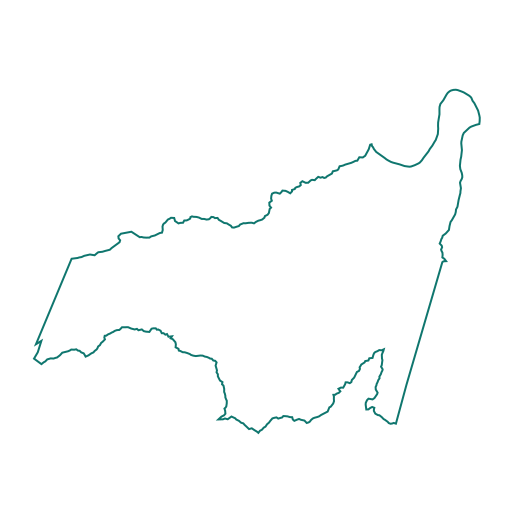 Floresta, Pernambuco, Brazil, rotated 183°
{"feature_id": "56859067B33369261578833", "entity_name": "Floresta", "entity_type": "district", "adm_level": 2, "iso_a3": "BRA", "parent_name": "Brazil", "parent_adm1": "Pernambuco", "projection": "albers", "projection_center": [-38.301, -8.621], "detail": "fine", "context": "isolated", "style": "outline", "palette": "teal", "viewbox_px": 512, "rotation_deg": 183, "n_neighbors": 0, "source": "geoboundaries", "source_scale": "gbopen_adm2", "svg_char_len": 6018}
<svg xmlns="http://www.w3.org/2000/svg" viewBox="0 0 512 512"><g transform="rotate(183 256 256)"><path d="M285.0,90.8L280.4,91.2L278.5,92.1L275.7,91.5L272.1,94.4L268.2,92.8L267.2,91.7L264.4,90.5L262.1,88.7L259.9,88.2L258.6,86.8L256.9,85.4L253.9,82.8L251.2,83.7L248.4,82.0L245.8,80.6L244.4,79.5L242.9,81.7L241.0,82.8L239.3,85.0L237.6,86.1L236.2,88.5L234.3,90.3L233.2,92.0L231.1,94.7L229.1,95.4L227.1,95.9L225.3,94.8L223.4,95.5L221.5,96.1L220.3,97.6L218.6,97.6L216.1,97.5L213.8,96.9L211.4,96.9L210.7,94.7L209.1,93.4L206.5,94.7L204.5,95.5L202.6,94.8L199.0,94.2L196.6,91.9L194.7,92.6L193.6,93.4L192.3,95.3L190.5,96.9L188.9,97.6L186.4,98.4L184.7,99.1L182.6,100.7L176.3,104.4L174.8,108.7L173.5,109.4L171.2,112.7L170.5,115.1L170.8,117.6L170.8,119.6L171.4,121.4L169.6,121.6L168.4,122.7L166.1,123.7L164.7,125.3L165.6,126.3L166.7,127.7L164.4,129.0L162.0,129.1L160.3,132.6L159.9,134.5L157.9,134.6L155.7,133.9L154.2,135.1L153.8,137.2L151.6,139.7L149.2,145.4L147.1,146.7L146.3,148.7L146.7,150.3L145.8,151.8L145.2,153.1L142.0,155.4L141.4,156.8L138.3,157.5L137.5,159.8L134.3,160.3L133.6,163.4L133.0,165.1L131.9,166.3L129.6,167.4L128.0,168.5L125.6,168.4L123.5,169.5L123.9,167.6L124.7,165.6L125.2,163.9L124.8,160.1L124.3,158.7L124.7,153.6L125.3,152.0L123.6,149.5L123.8,148.2L124.6,146.5L125.1,144.6L126.5,141.9L126.2,140.4L127.4,138.4L128.1,136.1L128.8,134.6L129.0,133.1L129.7,131.4L129.4,128.9L127.4,125.9L127.8,124.4L130.3,120.3L132.1,118.9L136.2,119.4L137.6,117.8L138.7,115.1L138.7,113.2L137.8,108.5L135.7,108.7L134.0,110.2L132.1,111.3L129.9,110.6L130.2,109.0L130.2,107.5L128.6,104.8L125.9,103.5L124.4,103.4L122.0,101.7L120.0,99.8L118.7,99.2L115.8,97.3L114.7,96.1L112.8,95.5L111.1,95.9L109.7,96.5L107.5,95.9L99.0,135.3L69.6,259.6L68.5,260.5L65.9,260.8L67.8,263.1L69.8,264.3L69.7,266.9L70.0,269.1L71.0,270.8L71.5,272.1L70.6,274.5L71.1,276.1L73.2,278.0L72.3,280.5L71.8,282.5L71.0,284.0L70.6,286.0L67.7,288.4L64.7,292.1L64.3,296.1L63.5,300.2L62.3,302.0L59.3,308.0L58.8,310.5L58.7,312.9L57.4,315.7L56.6,322.5L55.6,327.7L55.2,329.5L55.2,331.5L54.9,334.4L56.1,339.8L55.7,341.4L54.6,343.6L54.1,345.5L54.3,347.5L54.9,349.8L56.5,353.4L57.1,356.7L56.8,362.9L56.3,365.9L55.9,372.5L56.9,379.2L56.9,381.0L55.9,387.3L54.9,389.8L49.5,395.4L47.8,396.5L43.1,398.5L39.9,399.5L39.7,402.4L39.8,405.9L40.3,408.0L41.8,412.8L45.9,420.0L47.9,422.4L49.1,425.0L50.0,426.1L51.6,427.3L57.0,430.2L58.9,430.9L63.1,432.2L65.1,432.5L67.6,432.2L69.8,431.5L71.3,430.6L73.0,429.0L74.1,427.3L77.1,421.3L79.8,417.5L80.5,414.5L80.5,412.3L80.2,407.1L81.1,398.9L81.0,395.4L80.7,392.6L80.8,387.2L82.6,381.2L83.5,379.7L85.7,375.4L88.0,372.0L89.2,369.5L93.8,362.9L95.4,360.2L97.3,357.9L98.5,357.0L102.2,355.0L105.8,353.5L107.3,353.2L109.0,353.3L112.4,353.6L117.3,355.0L124.0,356.4L126.1,357.0L128.9,358.3L130.8,359.3L132.6,360.6L134.0,361.5L141.4,366.2L144.0,369.2L144.7,370.6L145.9,371.9L146.4,373.6L147.8,373.1L149.0,368.5L152.2,361.8L154.5,360.0L158.0,360.0L159.8,356.5L161.7,356.2L163.8,355.0L165.8,354.0L171.8,351.9L173.5,351.0L175.0,350.5L177.2,350.0L178.4,346.7L179.6,345.8L181.2,345.3L183.7,344.6L184.5,342.3L189.2,339.3L190.4,338.0L192.0,337.5L193.7,338.3L195.7,337.6L198.0,338.3L200.1,336.2L201.3,334.8L204.0,335.0L205.4,334.3L207.7,331.9L210.3,331.7L213.6,333.1L215.6,331.3L215.0,329.2L216.4,327.8L219.0,326.9L220.3,326.1L220.8,324.9L223.5,323.8L223.4,322.4L225.1,320.4L227.6,321.7L229.9,322.6L233.0,322.7L234.1,321.0L235.5,319.5L237.2,319.9L239.1,320.4L241.1,320.2L243.2,319.1L243.8,316.9L243.9,314.0L243.1,312.0L245.5,310.0L245.2,307.0L243.5,305.1L244.8,303.7L245.4,299.6L246.6,297.8L249.2,296.3L249.6,294.7L251.8,292.7L253.6,292.0L255.5,291.4L257.8,290.1L259.7,288.5L261.9,289.0L264.8,288.8L268.3,288.1L270.2,288.1L273.5,286.6L274.7,285.0L276.4,284.4L279.5,283.2L281.4,283.3L282.7,284.9L285.1,286.1L286.8,287.1L289.5,287.3L292.8,289.1L295.0,290.2L296.4,292.0L299.0,291.7L300.5,292.6L302.6,292.7L303.8,291.2L305.0,290.2L307.3,289.8L309.7,290.3L312.2,290.2L315.0,291.4L317.4,291.9L320.5,291.9L322.0,292.2L323.5,291.4L323.7,289.9L325.2,288.9L327.1,287.9L329.5,287.7L330.6,285.4L333.4,285.1L335.1,284.5L336.9,285.6L338.7,286.7L339.7,289.7L342.9,289.7L344.2,288.7L345.9,287.8L348.3,284.6L349.8,283.5L350.5,282.3L350.9,280.5L350.5,277.1L351.1,274.4L353.3,273.9L358.1,271.2L361.7,270.1L363.4,268.8L366.3,268.6L369.1,268.6L371.4,269.0L373.1,268.7L381.7,273.7L392.0,271.2L394.5,268.5L394.1,266.3L392.5,264.6L393.0,262.6L400.7,256.3L402.3,254.6L406.8,253.2L409.6,252.2L413.7,251.5L415.0,250.4L417.2,248.3L421.9,248.8L427.5,247.2L430.2,245.8L432.5,245.3L434.0,244.7L440.0,243.6L471.1,156.4L465.9,160.0L468.9,148.4L472.3,141.9L464.6,136.8L462.5,138.7L460.9,139.7L459.1,141.8L455.7,143.0L452.8,143.0L450.8,143.8L449.4,144.2L446.6,146.6L444.4,149.3L438.5,151.1L436.8,152.0L435.6,152.9L432.7,152.9L430.6,153.4L428.8,152.2L427.2,152.1L425.5,150.6L423.0,149.8L422.0,148.4L420.9,146.6L418.1,148.0L415.3,150.2L413.3,151.2L412.1,152.8L410.3,154.3L409.6,155.4L408.9,157.4L407.2,158.8L406.1,161.1L404.6,162.4L402.5,164.8L403.2,166.6L402.9,168.4L401.4,168.6L399.5,170.1L397.7,170.9L396.1,172.0L394.6,172.7L393.2,173.8L391.1,174.7L388.6,175.0L387.5,176.1L386.1,177.8L380.0,178.2L376.8,177.0L373.3,176.3L371.1,177.0L369.5,175.7L366.2,176.7L364.1,175.1L361.9,174.7L358.5,174.6L356.5,177.9L354.8,178.4L352.3,178.5L351.1,177.2L349.8,177.5L347.4,176.4L346.1,174.0L344.3,174.1L342.4,172.7L340.8,173.4L339.2,170.8L335.7,171.4L336.9,169.3L334.8,168.6L332.0,165.7L331.4,163.6L331.5,160.6L328.6,159.3L328.1,157.5L326.6,157.2L324.2,156.1L322.1,156.1L319.6,155.5L316.9,154.6L315.7,153.8L313.4,153.2L310.9,152.9L306.3,153.7L304.0,153.7L301.9,152.9L299.8,152.6L297.8,151.9L296.5,151.2L294.8,151.1L293.2,149.4L291.3,149.2L289.8,147.7L290.6,144.4L289.0,139.8L289.3,137.8L287.9,135.9L287.8,133.9L286.7,131.9L285.4,129.7L282.9,128.3L283.2,126.1L281.7,124.9L280.8,121.6L280.7,118.6L279.9,116.9L279.3,114.8L279.2,113.2L278.4,111.4L277.6,109.9L277.5,107.3L277.8,104.2L278.5,103.0L279.5,102.0L278.7,99.8L278.3,96.9L279.6,95.2L282.1,93.8L285.0,90.8Z" fill="none" stroke="#0f766e" stroke-width="2"/></g></svg>